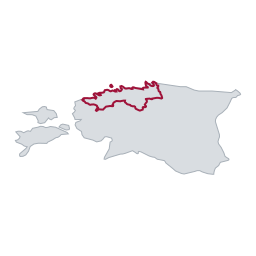 Estonia, with Harju highlighted
{"feature_id": "EST-1654", "entity_name": "Harju", "entity_type": "County", "adm_level": 1, "iso_a3": "EST", "parent_name": "Estonia", "parent_adm1": "", "projection": "equal_earth", "projection_center": [24.879, 59.328], "detail": "fine", "context": "in_parent", "style": "outline", "palette": "rose", "viewbox_px": 256, "rotation_deg": 0, "n_neighbors": 0, "source": "natural_earth", "source_scale": "10m", "svg_char_len": 5560}
<svg xmlns="http://www.w3.org/2000/svg" viewBox="0 0 256 256"><path d="M213.8,174.2L212.9,174.3L207.8,173.7L202.2,171.9L199.7,170.6L197.3,170.6L194.5,171.5L184.1,174.0L181.5,173.5L175.6,171.0L172.5,168.3L165.8,162.9L165.2,161.6L164.3,160.6L157.2,159.2L154.6,157.3L152.4,157.0L149.2,156.0L140.8,151.8L138.7,151.4L138.2,152.1L138.4,153.1L137.8,153.7L136.8,153.6L134.8,152.1L132.5,150.7L125.3,153.3L122.7,154.0L120.4,154.1L109.0,157.5L105.5,159.3L104.1,159.1L104.4,157.4L109.2,148.9L110.1,142.1L111.8,141.2L112.3,140.2L111.6,138.1L106.7,136.7L104.7,136.9L102.9,139.2L101.0,140.9L96.7,141.9L92.9,140.1L84.2,137.8L82.0,134.7L81.5,131.5L76.9,128.5L75.1,124.9L75.9,122.4L80.1,120.8L81.3,119.4L76.0,119.6L74.9,119.3L74.7,118.0L72.4,113.7L74.5,111.9L75.4,110.3L73.8,108.9L74.2,107.3L75.5,105.7L74.8,101.9L80.0,99.9L85.1,98.5L95.8,97.8L94.8,94.4L99.1,94.2L106.4,90.1L113.7,90.8L124.1,88.0L144.2,88.0L147.0,86.4L146.5,84.8L146.5,83.1L150.3,83.5L156.6,83.2L180.4,86.7L186.2,86.7L194.3,90.1L198.7,91.0L211.6,91.0L231.4,92.6L235.2,90.2L235.6,89.6L237.5,90.9L240.0,93.1L240.6,94.3L239.8,95.0L237.5,95.6L237.0,96.3L235.9,97.4L233.1,97.6L231.7,98.4L230.1,102.0L227.0,108.0L222.2,112.6L218.4,115.1L216.7,117.1L215.6,119.4L215.4,121.7L219.4,134.6L219.5,136.9L218.6,139.3L218.0,141.7L218.6,143.9L221.2,147.5L223.9,152.9L225.0,156.3L226.8,157.6L228.5,158.6L228.9,159.1L228.9,159.8L228.0,160.4L220.4,162.3L219.5,163.8L218.7,165.5L215.4,168.1L214.4,170.5L213.8,173.2L213.8,174.2ZM43.1,126.5L45.6,127.6L47.9,127.3L50.3,126.5L55.5,127.2L67.2,132.5L68.3,133.9L61.2,134.5L59.6,136.2L57.9,137.3L55.9,137.7L52.4,139.9L47.8,142.1L46.8,143.4L38.5,143.2L33.9,144.0L30.2,146.5L28.5,151.2L25.8,154.9L23.0,156.3L20.1,156.5L19.5,155.1L19.8,153.7L25.9,148.5L27.2,146.8L24.2,146.0L21.8,144.2L16.3,142.1L15.4,140.4L16.7,140.2L17.9,139.7L19.4,138.3L20.1,136.7L15.8,131.9L18.1,131.2L20.9,131.3L23.7,132.7L26.9,131.1L28.2,130.8L30.4,131.4L32.6,128.3L37.9,127.2L40.5,126.3L43.1,126.5ZM54.2,117.7L51.2,119.8L49.5,119.0L48.6,117.9L44.7,122.7L40.4,123.6L37.9,122.6L38.2,120.8L35.9,116.1L32.2,114.7L27.0,114.6L23.2,112.7L37.8,111.4L39.3,109.1L42.3,106.8L44.6,106.5L46.4,107.1L46.8,108.9L47.2,109.6L53.8,110.6L56.3,113.7L57.2,117.4L54.2,117.7ZM69.1,129.6L66.1,130.0L59.0,127.0L60.7,124.9L62.7,124.1L68.7,125.4L69.5,128.5L69.1,129.6Z" fill="#d9dde1" stroke="#a8b0b8" stroke-width="1"/><path d="M82.8,100.4L83.2,100.4L83.6,100.0L83.7,99.6L83.4,99.2L83.0,98.9L83.4,98.4L84.2,98.1L87.3,98.1L88.9,98.3L90.5,98.3L92.4,97.8L94.2,97.7L95.7,98.7L96.4,97.7L96.1,96.9L93.9,95.0L93.6,94.6L93.7,94.1L94.1,93.7L94.6,93.4L95.1,93.3L95.7,93.4L96.7,93.8L98.7,95.1L99.8,95.4L100.8,95.1L100.5,94.4L99.5,93.6L98.7,93.1L99.4,92.8L102.5,92.7L103.8,92.4L104.2,91.9L104.6,90.5L104.8,90.2L107.1,89.8L107.9,89.9L108.6,90.2L109.9,91.1L110.6,91.3L111.3,91.1L111.8,90.8L112.4,90.5L113.1,90.6L115.1,91.5L115.7,91.6L116.4,91.5L116.2,91.1L115.7,90.7L115.0,90.5L115.0,90.2L115.9,90.3L116.3,90.1L116.5,89.7L116.6,89.3L116.9,89.1L117.3,89.2L117.7,89.3L118.3,90.0L118.8,90.7L119.4,91.2L120.4,91.1L120.8,90.9L121.0,90.7L121.8,89.6L121.9,89.4L121.6,88.7L121.4,88.5L121.0,88.3L120.8,88.1L120.6,87.7L120.6,87.3L120.6,87.0L120.5,86.7L120.4,86.4L121.5,86.0L122.8,86.6L125.2,88.5L126.1,88.6L128.9,88.2L129.7,88.3L131.2,88.9L131.9,89.0L132.6,88.8L132.3,87.7L132.8,87.3L133.6,87.3L135.4,88.0L143.0,89.3L142.8,88.3L143.2,87.8L144.1,87.6L147.4,87.6L147.8,87.5L147.8,87.2L147.5,86.9L147.1,86.7L146.1,85.9L145.6,84.2L145.4,82.5L145.7,81.8L146.3,82.1L147.5,83.5L148.1,83.8L148.9,84.0L149.5,84.5L150.6,85.5L151.4,85.9L152.5,86.1L153.5,86.0L154.0,85.2L153.7,84.5L153.2,84.0L152.8,83.5L153.0,82.6L152.8,82.6L152.4,82.4L153.1,81.7L154.2,81.9L156.2,83.2L155.9,83.5L156.4,84.1L156.7,85.1L157.1,85.5L157.8,85.8L158.2,85.7L158.2,85.9L158.2,86.9L158.0,87.1L157.4,87.6L157.4,87.8L157.4,88.0L157.8,88.5L158.4,89.1L158.6,90.8L158.7,91.0L159.0,91.4L160.1,91.9L160.2,92.1L160.3,92.4L160.2,92.7L160.4,93.2L160.4,93.6L160.5,94.0L160.8,94.4L161.1,94.8L161.4,95.3L162.1,97.5L162.1,98.1L161.5,98.5L158.7,97.9L156.9,97.8L152.2,98.6L152.2,99.1L151.9,99.2L151.6,99.2L151.0,99.1L149.6,98.6L147.1,98.8L145.9,99.0L145.9,99.4L146.3,99.8L146.7,100.3L146.9,101.2L146.8,101.8L146.5,102.4L145.8,103.1L144.8,104.6L145.4,105.7L145.5,105.9L146.0,106.2L146.0,106.6L145.8,106.8L145.5,107.0L145.1,107.2L144.6,107.2L144.0,107.1L143.2,107.0L142.8,107.3L142.7,107.6L142.9,108.5L142.7,109.6L139.9,110.6L138.5,110.1L137.3,109.5L136.2,109.0L135.7,108.7L135.5,108.4L135.4,108.1L135.4,107.8L135.3,107.5L135.2,107.3L135.1,106.8L134.5,106.4L134.1,106.2L133.7,106.2L133.5,106.3L132.7,106.3L130.6,105.6L130.1,104.9L127.8,104.4L126.9,104.0L126.7,103.8L126.4,103.4L125.8,102.8L125.1,102.4L124.9,102.0L124.8,101.6L125.0,100.6L123.7,100.6L121.3,101.0L120.8,101.1L120.5,101.3L116.5,101.0L115.3,101.5L114.8,101.9L114.1,102.3L113.8,102.5L113.3,103.1L113.1,104.0L112.6,104.5L112.9,105.0L113.2,105.3L113.2,105.5L113.0,106.1L112.6,106.2L110.0,106.0L108.1,106.3L106.1,106.6L105.8,106.8L103.9,108.7L103.1,109.6L100.7,109.5L99.6,109.3L98.8,109.3L98.3,109.4L98.0,109.6L97.9,109.8L97.8,110.1L97.5,110.4L96.5,110.9L96.1,110.6L95.9,110.4L96.0,110.2L96.1,109.8L96.3,109.5L96.5,109.2L97.9,107.9L98.1,107.8L98.1,107.6L97.9,107.5L97.5,107.2L97.1,106.9L97.0,106.5L97.1,106.2L97.0,105.9L96.9,105.7L95.4,104.9L93.6,104.4L91.7,104.5L90.7,104.7L90.4,104.8L89.5,104.6L88.3,103.7L87.8,103.4L87.0,103.2L85.9,103.0L85.5,102.7L84.9,101.8L84.5,101.4L83.4,101.0L82.8,100.4L82.8,100.4ZM111.3,84.8L111.8,85.4L112.5,86.5L112.2,86.9L111.3,87.1L110.3,86.4L110.2,85.6L110.7,84.9L111.3,84.8Z" fill="none" stroke="#9f1239" stroke-width="2"/></svg>